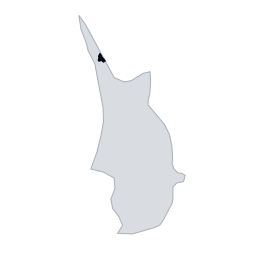 Koma tou Gialou, Cyprus (highlighted), rotated 277°
{"feature_id": "46923920B1495178663042", "entity_name": "Koma tou Gialou", "entity_type": "district", "adm_level": 2, "iso_a3": "CYP", "parent_name": "Cyprus", "parent_adm1": "", "projection": "orthographic", "projection_center": [34.126, 35.419], "detail": "fine", "context": "in_parent", "style": "filled", "palette": "ink", "viewbox_px": 256, "rotation_deg": 277, "n_neighbors": 0, "source": "geoboundaries", "source_scale": "gbopen_adm2", "svg_char_len": 1691}
<svg xmlns="http://www.w3.org/2000/svg" viewBox="0 0 256 256"><g transform="rotate(277 128 128)"><path d="M184.1,136.4L186.6,143.0L175.9,144.9L165.1,145.5L159.1,144.7L153.5,145.0L136.0,163.7L126.6,170.0L115.4,173.7L104.0,175.9L98.3,176.1L93.2,178.5L89.6,182.8L89.5,187.0L87.9,190.5L81.7,189.7L79.2,182.8L74.8,179.8L63.7,181.2L58.3,180.9L40.7,174.1L35.4,171.4L32.2,165.7L23.4,145.4L22.2,130.5L30.6,134.5L38.5,130.0L46.3,122.6L55.4,119.6L61.0,121.1L66.6,122.4L76.7,120.2L81.2,109.0L82.8,96.1L99.8,100.0L117.0,102.1L131.2,102.9L145.1,100.8L187.8,87.2L199.9,79.0L207.4,76.2L220.3,69.3L233.8,65.5L225.2,73.4L176.4,108.1L173.2,118.4L175.4,125.5L182.3,134.1L184.1,136.4Z" fill="#d9dde1" stroke="#a8b0b8" stroke-width="1"/><path d="M195.8,90.2L195.6,90.2L195.3,90.4L195.1,90.5L194.8,90.6L194.5,90.7L194.2,90.8L194.1,90.7L193.9,90.6L193.6,90.5L193.4,90.5L193.2,90.6L192.8,90.7L192.7,90.7L192.4,90.7L192.1,90.6L191.8,90.4L191.6,90.5L191.3,90.6L191.1,90.9L191.0,91.1L191.2,91.4L191.2,91.8L191.5,92.1L191.6,92.4L191.9,92.5L192.1,92.5L192.3,92.6L192.5,93.0L192.4,93.4L192.2,93.4L192.1,93.6L192.3,93.8L192.2,94.1L191.8,94.2L191.6,94.3L191.4,94.4L191.2,94.5L191.0,94.9L191.0,95.1L191.1,95.3L190.9,95.6L191.2,95.6L191.5,95.9L191.6,96.3L191.4,96.7L191.5,96.9L191.7,97.0L192.0,96.8L192.2,96.6L192.6,96.2L193.0,95.9L193.2,95.7L193.4,95.5L193.6,95.2L193.8,94.9L194.1,94.6L194.4,94.2L194.6,94.0L194.9,93.6L195.3,93.3L195.6,93.1L195.9,92.9L196.2,92.7L196.8,92.4L197.3,92.1L197.7,91.8L198.0,91.5L198.1,91.2L197.9,91.2L197.7,90.9L197.6,91.0L197.3,91.0L197.2,90.9L196.8,90.8L196.6,90.9L196.5,91.1L196.2,91.1L196.0,90.9L195.9,90.6L195.8,90.4L195.8,90.2Z" fill="#0f172a" stroke="#020617" stroke-width="1.5"/></g></svg>